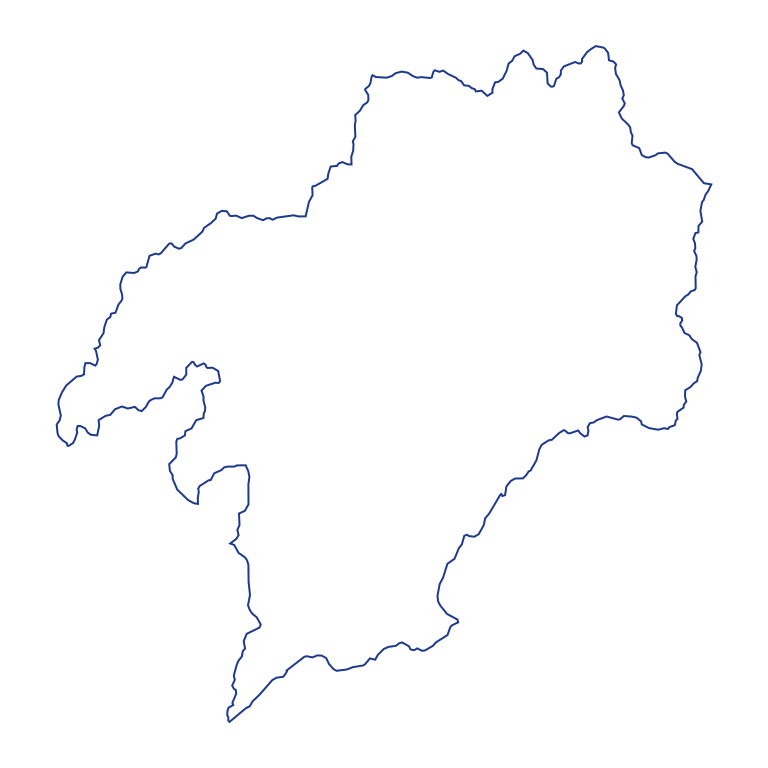 outline of Ocros, Áncash, Peru
{"feature_id": "86281439B72862072024164", "entity_name": "Ocros", "entity_type": "district", "adm_level": 2, "iso_a3": "PER", "parent_name": "Peru", "parent_adm1": "Áncash", "projection": "robinson", "projection_center": [-77.418, -10.52], "detail": "fine", "context": "isolated", "style": "outline", "palette": "blue", "viewbox_px": 768, "rotation_deg": 0, "n_neighbors": 0, "source": "geoboundaries", "source_scale": "gbopen_adm2", "svg_char_len": 5997}
<svg xmlns="http://www.w3.org/2000/svg" viewBox="0 0 768 768"><path d="M458.2,622.3L457.4,619.5L447.1,614.0L440.2,605.5L438.0,601.0L437.5,595.7L439.7,584.0L443.1,577.6L447.4,563.8L454.5,558.8L458.9,548.1L461.9,544.3L464.3,535.8L466.9,534.7L469.1,536.1L474.3,536.7L478.6,534.3L483.7,525.3L485.2,518.3L489.3,513.4L500.4,494.6L501.3,494.0L502.4,496.0L505.1,495.1L506.4,486.4L510.8,480.9L515.2,478.5L522.8,478.4L525.8,475.7L528.7,471.4L530.6,470.5L536.4,460.4L539.3,449.4L541.6,444.9L548.5,440.4L552.0,439.7L559.0,433.1L563.5,430.3L564.5,430.2L568.0,433.2L569.9,433.3L578.2,430.5L580.0,433.0L584.4,436.5L587.5,435.5L588.4,430.9L587.7,427.1L589.9,423.2L593.9,422.4L596.7,420.2L606.6,416.5L617.8,419.6L620.1,419.3L623.8,416.0L631.9,416.6L636.6,417.7L641.1,421.4L641.8,424.5L649.1,428.1L658.2,429.7L664.1,428.2L667.9,429.0L669.4,427.1L674.8,425.2L675.8,420.6L677.5,418.9L676.9,414.2L677.4,411.9L683.6,407.6L683.8,404.9L686.3,401.4L685.0,396.7L685.2,390.3L690.6,386.9L693.8,383.3L697.2,381.1L697.7,377.8L700.8,371.0L701.7,364.5L699.3,354.9L700.5,352.2L697.0,342.9L691.9,339.1L689.1,335.1L684.6,333.1L681.9,327.3L680.5,325.9L680.2,323.6L682.2,320.4L681.9,318.0L679.3,316.3L677.1,316.0L675.9,313.8L676.9,305.4L685.4,296.2L688.3,294.5L690.7,291.5L694.8,289.9L695.7,288.3L695.5,276.3L696.7,272.2L695.3,266.8L696.7,259.4L696.4,255.9L694.1,251.1L695.3,248.4L695.0,243.4L693.3,238.9L695.4,233.1L698.4,232.4L698.5,225.9L702.2,221.7L700.4,210.7L702.1,201.9L703.6,200.2L705.6,194.6L708.3,190.8L711.3,184.4L703.9,183.2L692.0,169.1L677.9,163.9L674.6,161.7L667.6,153.7L665.4,152.6L657.8,153.4L655.5,155.2L649.0,157.5L645.7,157.2L641.8,155.1L639.2,148.1L632.7,145.3L631.7,143.2L632.5,135.6L630.9,132.4L630.2,127.6L628.5,124.9L621.7,118.4L618.9,112.4L623.9,105.8L624.8,103.5L622.3,98.6L623.8,95.1L622.9,90.3L620.7,85.5L619.5,80.1L615.9,73.9L615.1,67.9L616.1,64.4L613.6,61.7L609.0,60.3L608.1,52.8L604.6,48.3L603.0,47.5L595.7,46.1L590.8,49.2L587.1,52.1L582.0,59.0L582.1,61.7L580.8,63.4L578.7,63.5L575.2,62.0L563.8,66.4L560.9,70.6L560.8,74.5L558.7,77.5L556.3,78.8L553.9,86.1L552.2,86.7L550.7,86.5L547.6,83.4L547.0,72.7L543.1,69.1L536.3,68.5L533.7,64.6L532.6,60.0L527.8,53.1L523.3,50.6L520.1,53.8L514.7,56.2L512.1,60.8L508.6,63.6L506.5,71.1L502.7,78.7L498.1,82.0L495.1,82.3L492.3,89.5L492.6,92.6L487.3,95.9L481.7,90.7L475.8,91.4L474.9,89.3L471.3,87.9L469.0,85.9L464.1,85.3L461.0,81.0L458.7,80.3L456.0,77.8L448.1,74.0L443.2,70.6L439.4,71.8L434.7,70.3L433.4,71.8L431.7,77.5L429.9,78.0L421.2,77.1L417.1,77.7L412.9,76.1L407.8,72.7L401.8,71.6L395.8,73.1L391.6,76.1L386.6,77.7L375.8,77.0L372.6,75.2L371.6,76.6L370.4,83.2L368.9,86.0L365.3,88.9L365.1,89.9L368.2,94.9L368.4,100.4L366.8,102.8L363.4,105.0L359.9,110.7L355.2,115.1L355.6,120.5L354.8,125.4L355.4,136.8L352.8,141.3L353.5,144.0L353.2,150.7L351.3,156.6L351.5,164.5L347.5,164.3L342.4,162.1L338.6,163.5L337.0,165.9L330.7,166.5L328.3,173.7L327.6,178.8L315.6,185.7L312.7,186.4L312.2,187.5L312.6,195.2L309.0,201.8L305.6,216.4L298.3,216.4L293.6,215.3L277.1,217.6L272.7,219.7L269.7,218.2L266.7,218.3L263.0,220.2L256.7,217.9L253.6,215.8L249.1,215.7L241.7,218.1L236.1,215.6L231.3,216.1L229.8,215.7L226.8,211.3L221.7,210.9L217.0,213.6L215.7,218.6L211.2,222.9L204.0,227.9L202.5,231.5L193.8,239.5L185.4,243.5L181.2,248.1L179.1,248.7L174.3,246.7L171.5,243.4L169.2,243.6L160.9,253.2L158.7,254.4L155.8,253.6L149.5,255.8L146.4,267.0L145.3,267.7L141.2,267.4L139.1,268.8L138.0,271.3L134.3,273.0L126.3,272.4L122.6,276.8L120.3,284.3L120.4,288.9L122.1,294.6L122.4,298.4L121.5,300.7L118.5,304.5L115.5,312.7L111.0,313.7L110.4,316.8L106.8,319.7L104.3,327.3L103.5,333.2L99.0,340.1L100.2,345.4L97.8,347.7L94.6,348.7L96.0,350.9L97.9,359.7L96.6,364.1L95.2,365.6L90.2,363.1L85.4,363.1L84.4,367.2L84.0,374.3L81.5,375.8L76.6,376.6L66.2,385.5L62.0,392.3L58.7,400.1L58.4,404.4L60.8,415.5L59.6,420.5L56.7,424.5L57.5,433.0L58.6,436.2L62.9,440.6L66.9,443.2L67.4,445.7L68.6,445.9L73.0,443.1L75.1,439.0L77.3,432.3L76.6,429.6L77.7,426.0L80.6,426.1L85.1,428.3L87.7,432.5L90.9,434.8L97.2,435.4L99.2,425.7L98.6,420.1L105.7,415.8L110.2,414.9L115.1,409.2L122.0,406.5L127.7,408.5L134.9,406.9L138.5,410.2L141.6,411.1L145.7,407.2L149.0,401.4L150.7,400.1L154.5,398.3L160.1,398.3L162.5,397.4L166.7,389.7L169.7,386.9L172.3,382.7L174.0,376.8L180.4,379.9L182.6,379.3L186.3,374.6L186.2,367.9L192.1,361.8L193.7,362.2L194.9,364.7L197.1,366.5L203.6,363.4L205.5,364.6L206.2,366.8L207.5,368.0L212.5,367.7L218.2,371.0L220.1,381.3L218.6,383.0L215.5,382.7L206.0,385.8L201.5,390.5L203.6,396.8L203.4,400.2L205.3,407.6L204.9,411.3L203.8,413.0L203.4,418.0L196.2,420.2L191.5,428.4L185.4,431.2L184.9,435.4L180.3,438.2L177.2,439.0L176.3,441.8L176.7,453.9L175.7,457.5L169.2,464.1L169.9,470.8L172.7,475.3L172.6,478.7L177.2,489.5L188.0,500.0L193.8,503.2L198.0,503.9L197.8,497.5L198.8,491.8L198.2,488.8L199.7,486.0L208.6,480.3L210.7,480.1L214.2,473.3L221.4,470.1L224.1,467.4L227.5,466.6L234.3,466.6L236.8,465.4L245.7,465.3L248.3,471.2L249.4,476.9L248.4,484.3L248.5,504.4L244.8,510.9L239.0,513.5L239.5,525.2L237.3,529.9L238.6,535.1L236.4,538.8L230.2,543.5L234.2,545.0L238.6,552.9L244.9,557.3L247.1,560.4L248.4,565.0L248.6,582.0L250.0,595.1L248.0,605.3L249.8,610.0L252.1,613.5L256.7,617.3L260.7,624.4L259.6,627.5L246.7,633.8L243.7,641.2L245.1,648.6L242.8,651.1L241.9,656.4L238.5,660.7L236.7,664.9L233.8,675.6L234.8,679.9L232.2,685.5L233.8,688.7L235.8,690.0L236.2,693.7L232.4,702.8L233.3,705.0L228.5,707.7L227.5,710.6L227.2,715.0L228.4,717.6L228.3,720.7L229.5,721.9L245.9,708.2L249.8,706.3L252.6,701.3L259.8,694.4L272.2,680.2L276.5,677.7L283.2,676.8L285.8,673.4L287.0,671.2L286.6,670.5L304.3,656.8L306.8,656.2L312.5,657.4L317.3,655.4L321.7,655.6L326.2,658.1L329.0,664.0L333.4,669.0L336.6,670.8L346.7,669.5L353.1,667.1L363.1,665.5L365.1,664.2L369.9,658.4L375.2,659.7L377.8,654.9L383.6,649.1L388.4,646.9L396.0,645.8L399.0,643.4L402.0,642.4L409.0,646.3L410.1,648.8L411.5,649.8L414.3,650.1L417.2,648.4L422.1,650.8L425.0,650.4L432.8,645.9L436.2,642.2L447.5,635.0L450.3,627.2L451.8,625.4L458.2,622.3Z" fill="none" stroke="#1e3a8a" stroke-width="2"/></svg>